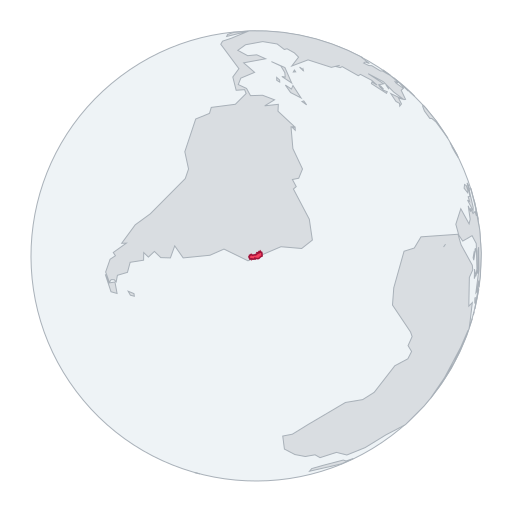 globe centered on Espírito Santo, rotated 53°
{"feature_id": "BRA-625", "entity_name": "Espírito Santo", "entity_type": "State", "adm_level": 1, "iso_a3": "BRA", "parent_name": "Brazil", "parent_adm1": "", "projection": "orthographic", "projection_center": [-40.668, -19.574], "detail": "fine", "context": "on_globe", "style": "filled", "palette": "rose", "viewbox_px": 512, "rotation_deg": 53, "n_neighbors": 0, "source": "natural_earth", "source_scale": "10m", "svg_char_len": 6874}
<svg xmlns="http://www.w3.org/2000/svg" viewBox="0 0 512 512"><g transform="rotate(53 256 256)"><circle cx="256" cy="256" r="225" fill="#eef3f6" stroke="#a8b0b8"/><path d="M161.9,51.3L160.0,52.4L170.5,49.6L166.8,52.0L166.7,53.9L171.8,51.3L173.7,49.0L183.2,45.2L184.4,43.6L188.4,42.0L192.4,40.2L199.0,38.6L203.3,38.3L200.4,40.0L202.2,40.1L210.8,37.4L211.0,40.3L220.9,42.3L220.2,43.7L208.2,47.3L193.4,49.4L177.9,56.7L195.3,50.4L193.1,54.9L195.8,55.3L200.2,54.5L203.8,52.3L204.6,53.9L187.8,60.1L186.8,58.7L192.2,56.5L185.2,57.9L173.8,63.3L173.6,65.8L156.6,73.2L156.3,75.3L152.4,78.5L154.1,74.4L150.7,82.3L130.7,96.4L125.8,113.1L122.8,102.3L116.9,103.1L109.2,106.5L108.1,109.1L99.4,111.5L88.8,121.6L81.0,137.2L80.8,146.8L91.0,142.1L95.8,134.3L104.3,129.6L94.3,149.6L108.5,146.6L104.8,161.1L108.4,167.0L116.5,162.7L124.6,163.9L131.6,154.0L142.4,147.2L141.3,158.7L148.3,146.9L153.6,151.3L175.9,147.4L173.9,150.3L192.4,161.9L214.5,166.5L219.6,175.1L216.8,180.9L224.8,182.1L225.0,185.8L258.7,191.3L277.2,201.4L277.5,215.0L263.6,230.5L255.0,265.3L231.2,277.4L227.7,292.3L213.7,315.3L199.0,314.8L206.0,325.5L200.0,333.0L191.2,334.4L192.1,342.6L185.7,343.6L191.7,348.3L185.3,360.3L191.7,368.5L188.0,378.3L192.5,383.2L189.6,383.5L187.7,385.9L188.8,388.9L178.3,385.7L170.8,374.5L171.2,368.1L167.3,367.9L167.7,351.8L165.0,355.6L158.4,333.7L158.7,315.1L151.6,265.9L145.9,257.5L129.9,250.1L110.3,221.7L114.1,207.3L110.4,202.3L122.4,181.2L120.3,166.1L116.3,165.0L111.7,172.1L99.1,166.8L96.1,156.9L65.7,156.7L64.3,153.4L67.2,144.8L71.9,126.6L63.0,147.3L62.0,145.4L63.9,139.3L66.3,135.7L72.3,125.6L82.5,112.3L93.7,99.7L105.8,88.1L118.8,77.3L132.5,67.6L146.9,58.9L161.9,51.3ZM122.9,119.5L139.3,123.4L128.2,127.3L130.7,125.0L126.9,122.6L119.2,121.8L110.0,126.7L122.9,119.5ZM134.3,107.2L131.3,107.5L134.5,106.5L134.3,107.2ZM188.5,41.3L190.4,40.8L188.7,41.4L188.5,41.3ZM188.4,41.2L185.1,42.3L184.5,42.4L186.6,41.7L188.4,41.2ZM191.7,40.1L192.7,39.9L184.0,42.5L183.8,42.6L191.7,40.1ZM197.3,393.3L179.9,387.4L189.0,389.7L191.9,384.3L202.3,389.5L197.3,393.3ZM207.2,379.3L212.6,376.1L214.9,377.4L211.7,379.9L207.2,379.3ZM430.1,113.1L423.9,106.9L415.9,98.2L416.9,98.3L430.1,113.1ZM407.0,88.8L410.2,91.9L415.1,96.6L409.6,92.9L417.3,100.8L417.8,102.6L405.0,90.1L401.9,86.8L382.9,72.9L385.7,75.9L403.8,89.5L400.7,87.5L404.5,92.8L399.1,87.2L378.6,72.6L369.8,71.2L368.5,81.9L361.4,81.5L350.9,77.3L341.5,64.0L358.6,66.5L355.5,62.8L343.6,56.3L349.8,57.9L347.0,55.9L352.7,57.1L352.3,54.4L356.7,55.8L348.6,51.0L349.8,51.3L354.3,53.8L359.8,56.7L369.7,61.5L389.1,74.2L407.0,88.8ZM359.4,55.8L360.8,56.6L359.1,55.9L345.0,49.1L340.9,47.7L331.7,43.8L331.1,43.6L359.4,55.8ZM474.7,201.8L474.7,202.1L470.2,186.3L448.3,139.3L446.2,135.6L445.9,135.1L445.3,134.2L448.4,139.7L442.9,131.3L460.0,161.4L464.9,173.6L474.8,202.7L475.1,204.3L476.8,211.4L476.9,211.7L480.6,238.0L480.6,238.3L477.0,260.1L474.7,284.2L469.6,303.2L461.2,310.0L455.6,326.2L450.3,328.5L445.8,337.3L438.0,344.4L427.3,349.5L415.9,343.0L420.2,334.2L422.0,315.0L426.8,272.7L434.9,257.2L436.0,243.6L427.2,211.1L429.5,196.6L425.9,189.2L419.1,188.5L414.3,179.8L409.7,178.3L377.3,176.5L364.3,165.1L341.3,134.9L344.9,124.8L340.0,112.7L360.2,81.6L370.6,85.5L393.5,88.8L397.5,91.2L401.5,98.5L424.1,116.2L423.4,111.3L437.2,124.5L442.1,129.4L436.1,120.7L446.4,135.6L455.4,151.2L463.2,167.5L469.6,184.4L474.7,201.8ZM360.6,97.5L361.7,100.8L360.6,97.5ZM176.6,147.2L179.2,149.0L175.5,149.6L176.6,147.2ZM125.8,132.0L129.7,131.2L131.4,132.4L128.2,133.7L125.8,132.0ZM160.9,124.5L165.8,124.6L160.3,126.3L160.9,124.5ZM142.1,123.9L156.9,124.9L146.3,130.0L137.1,129.7L144.0,127.2L142.1,123.9ZM130.6,113.4L132.8,113.5L131.5,115.5L130.6,113.4ZM136.6,106.6L135.6,107.0L134.9,105.9L136.6,106.6ZM194.1,54.6L195.5,54.1L199.5,53.7L196.8,54.8L194.1,54.6ZM222.1,48.3L222.8,51.0L220.5,49.5L216.8,51.2L207.4,50.6L219.3,44.4L215.6,47.1L222.1,48.3ZM198.2,49.0L202.8,49.5L197.3,49.2L198.2,49.0ZM326.3,45.7L330.9,47.2L332.8,48.9L327.1,49.0L324.4,46.4L326.3,45.7ZM337.0,49.2L324.6,43.4L327.6,43.7L328.1,44.4L331.3,45.1L332.8,46.6L347.9,53.3L350.5,55.4L338.6,53.4L341.0,52.6L336.4,50.9L337.0,49.2ZM287.5,33.7L282.2,32.8L295.7,34.3L299.1,35.2L293.7,34.8L286.4,33.8L287.5,33.7ZM218.9,33.8L224.0,33.2L218.4,34.3L214.3,34.7L215.0,35.3L209.0,36.2L210.4,36.7L201.9,37.4L196.6,38.7L204.6,36.7L209.8,35.5L218.9,33.8ZM277.5,31.8L257.4,31.6L252.1,32.8L250.7,34.4L241.5,34.2L237.0,32.9L235.9,31.9L242.3,31.1L237.0,31.5L237.3,31.5L257.4,30.7L277.5,31.8ZM398.0,89.4L400.3,90.6L403.0,91.7L405.5,95.3L398.0,89.4ZM384.1,79.4L385.6,79.6L390.4,84.6L388.0,83.6L384.1,79.4ZM382.3,75.8L385.3,79.2L382.2,76.8L382.3,75.8ZM355.2,54.1L356.4,54.5L358.1,55.4L359.4,56.2L355.2,54.1ZM433.0,116.6L434.0,118.1L432.2,115.8L432.2,115.7L433.0,116.6L433.0,116.6ZM420.9,105.6L425.6,109.9L421.5,106.6L420.9,105.6ZM396.3,432.0L392.1,435.4L393.2,434.3L396.3,432.0ZM473.3,313.2L460.1,342.8L459.3,339.4L463.6,328.3L471.5,309.1L473.9,307.4L476.3,300.1L473.3,313.2Z" fill="#d9dde1" stroke="#a8b0b8" stroke-width="1"/><path d="M259.7,251.1L259.5,251.9L259.4,252.5L259.4,253.4L259.5,254.1L259.6,254.7L259.6,255.2L259.6,255.4L259.3,256.1L259.2,256.3L258.7,256.5L258.4,256.7L258.4,256.8L258.2,257.3L257.9,257.5L258.0,257.5L257.9,257.8L257.9,258.0L257.8,258.4L257.7,258.5L257.6,258.8L257.5,258.7L257.4,258.8L257.4,258.6L257.2,258.6L257.1,258.8L257.2,259.0L257.3,259.0L257.4,258.9L257.5,258.9L257.4,259.0L257.3,259.3L257.2,259.5L257.0,259.9L256.9,260.1L256.7,260.2L256.5,260.5L256.4,260.6L256.3,260.8L256.2,260.8L256.2,261.0L256.1,260.9L255.9,261.0L255.7,261.0L255.5,261.3L255.5,261.5L255.4,261.8L255.3,262.0L255.1,262.4L255.0,262.5L254.9,262.7L254.6,262.5L254.5,262.4L254.4,262.5L254.1,262.5L253.9,262.5L253.7,262.5L253.7,262.4L253.4,262.3L253.2,262.4L252.9,262.3L252.7,262.3L252.6,262.2L252.4,262.1L252.2,262.0L252.1,261.9L252.1,261.7L252.1,261.4L252.1,261.2L252.1,260.9L251.8,260.8L251.6,260.7L251.7,260.4L251.8,260.2L251.7,260.2L251.8,259.9L251.8,259.7L251.8,259.4L251.7,259.3L251.7,259.2L251.8,258.9L252.0,258.6L253.3,258.5L253.4,258.4L253.5,258.2L253.6,257.7L253.7,257.4L253.8,257.4L254.0,257.2L254.1,256.9L254.2,256.4L254.4,256.2L254.5,256.1L254.7,255.9L254.6,255.7L254.8,255.7L254.9,255.4L255.0,255.2L255.0,254.9L255.0,254.7L255.0,254.4L254.9,254.2L254.7,254.0L254.6,253.9L254.6,253.7L254.5,253.4L254.4,253.3L254.2,253.3L253.9,253.2L254.0,253.0L254.3,253.0L254.8,253.1L255.0,253.0L255.0,252.9L255.0,252.5L255.0,252.4L254.9,252.4L254.7,252.4L254.7,252.1L254.7,251.9L254.7,251.6L254.8,251.6L254.7,251.5L254.7,251.4L254.5,251.2L254.4,251.2L254.3,251.3L254.2,251.4L254.3,251.2L254.2,251.1L254.2,250.9L254.3,250.9L254.5,250.6L254.9,250.3L255.0,250.2L255.2,250.3L255.3,250.3L255.5,250.4L255.6,250.2L255.1,249.7L255.3,249.7L255.5,249.7L255.8,249.6L256.0,249.6L256.3,249.5L256.5,249.4L256.7,249.5L256.8,249.5L256.8,249.4L257.1,249.5L257.3,249.5L257.5,249.6L257.8,249.9L259.7,251.1Z" fill="#f43f5e" stroke="#9f1239" stroke-width="1.5"/></g></svg>